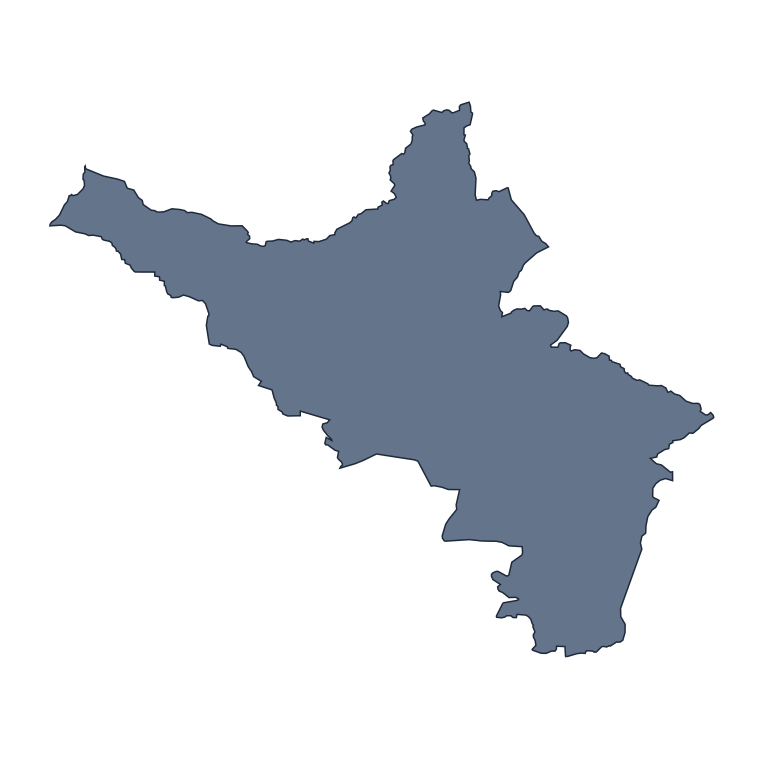 outline of Atolinga, Zacatecas, Mexico, rotated 88°
{"feature_id": "50627088B11442495571788", "entity_name": "Atolinga", "entity_type": "district", "adm_level": 2, "iso_a3": "MEX", "parent_name": "Mexico", "parent_adm1": "Zacatecas", "projection": "natural_earth1", "projection_center": [-103.443, 21.766], "detail": "fine", "context": "isolated", "style": "filled", "palette": "slate", "viewbox_px": 768, "rotation_deg": 88, "n_neighbors": 0, "source": "geoboundaries", "source_scale": "gbopen_adm2", "svg_char_len": 6144}
<svg xmlns="http://www.w3.org/2000/svg" viewBox="0 0 768 768"><g transform="rotate(88 384 384)"><path d="M155.7,675.0L156.6,675.6L161.7,675.5L163.8,677.2L168.8,677.7L170.3,676.6L175.3,676.4L178.6,678.1L183.9,683.8L184.9,688.0L183.7,689.8L184.7,690.5L184.9,692.1L190.5,694.0L193.8,697.1L204.0,702.5L208.2,706.8L210.2,710.1L212.5,712.0L214.3,712.4L214.0,701.3L214.8,697.0L221.2,687.0L223.5,677.5L225.3,674.1L225.1,669.6L226.9,661.4L229.4,660.5L230.4,659.0L231.8,653.4L232.9,651.8L234.3,650.8L236.0,650.7L238.0,648.2L240.1,646.9L241.7,646.9L242.1,645.1L245.0,642.7L250.4,641.8L250.7,638.9L254.3,638.3L256.4,633.5L259.1,632.6L262.7,629.8L263.4,628.6L264.1,609.2L268.1,609.4L269.0,604.6L272.4,604.6L273.6,600.0L277.9,600.1L278.5,599.1L283.9,598.0L286.5,596.9L288.0,594.1L289.9,593.7L290.4,592.0L290.1,586.2L288.1,581.3L290.0,575.4L294.4,566.5L294.2,562.6L297.5,559.6L307.4,556.6L309.4,556.6L310.1,557.7L319.2,559.5L338.0,557.2L339.4,554.3L340.6,546.3L338.5,545.6L341.2,539.4L343.0,538.8L344.1,531.0L347.5,525.6L351.8,522.8L361.9,519.1L367.1,515.9L372.1,514.0L377.0,506.5L381.1,509.5L386.0,496.1L394.2,494.3L399.0,492.3L401.5,492.2L402.7,490.8L405.7,490.8L408.4,486.8L410.4,486.1L412.6,481.3L412.8,468.8L408.2,468.6L417.9,439.6L420.7,442.0L421.8,446.5L424.9,447.4L428.0,446.2L434.1,441.7L437.2,438.5L438.7,438.1L435.4,443.6L441.2,445.2L442.7,444.5L442.9,442.4L448.5,435.3L449.7,431.7L455.9,433.1L457.7,432.1L460.1,429.5L462.2,428.4L463.7,428.5L464.9,430.1L466.6,431.0L462.6,415.5L459.5,407.0L453.7,394.1L460.8,356.5L462.3,352.8L487.7,340.5L487.4,337.4L489.2,329.6L491.7,323.4L492.2,312.1L507.3,316.1L511.9,315.7L521.3,323.8L526.4,327.3L537.7,331.1L540.0,331.0L542.7,329.4L543.2,328.1L542.5,304.0L544.3,291.7L545.1,277.2L546.4,271.5L550.1,264.8L551.4,251.6L557.5,251.4L559.7,252.1L566.6,262.5L579.3,265.9L580.2,267.3L580.0,268.6L575.2,276.7L575.2,278.5L576.6,281.9L578.0,283.2L580.0,283.3L583.3,281.9L588.5,274.6L590.6,277.5L593.0,277.2L594.9,276.2L596.5,272.7L601.8,266.5L601.8,259.7L603.4,257.0L604.3,257.2L605.1,259.7L606.8,271.9L607.6,273.1L619.9,279.8L621.0,279.6L621.8,274.5L621.1,271.3L619.9,269.5L620.0,265.4L621.9,263.2L622.1,259.9L618.9,259.0L619.9,250.3L621.5,247.8L624.2,245.5L628.8,244.2L630.0,243.2L631.7,243.7L637.0,241.8L640.0,243.6L642.4,243.4L645.6,241.9L650.5,241.3L654.4,245.2L655.2,244.8L658.6,236.3L658.8,231.2L656.8,225.9L656.9,222.4L655.0,221.0L652.1,220.7L652.7,212.3L662.1,212.1L662.7,212.0L662.6,209.8L660.2,200.5L659.8,195.8L660.3,192.4L657.9,191.3L657.7,190.1L658.2,184.8L659.3,183.3L659.3,181.2L654.2,175.7L653.9,173.9L654.6,170.7L653.4,167.9L653.8,167.0L650.1,160.9L650.1,157.0L648.4,154.3L640.9,151.8L632.6,151.4L624.8,155.5L616.4,155.4L558.0,132.1L551.9,133.3L545.1,131.6L542.2,127.7L534.7,127.1L525.8,125.0L519.1,120.4L516.7,116.7L509.9,113.2L506.7,118.9L505.7,119.4L497.6,119.0L493.1,115.8L489.9,111.5L488.3,106.0L490.7,98.9L481.8,98.7L482.1,100.9L474.7,109.4L473.1,114.7L467.6,120.4L466.5,114.0L463.5,113.0L459.3,105.7L458.5,101.7L454.2,100.9L452.6,97.4L450.8,97.4L449.9,89.7L448.1,85.8L443.6,80.6L444.0,76.9L439.4,70.8L436.5,68.6L429.7,56.3L428.6,55.6L426.6,56.2L423.9,58.5L426.3,61.7L426.0,63.9L422.3,69.0L420.1,67.9L415.3,69.1L414.3,70.9L414.2,76.2L411.7,82.7L405.8,88.8L404.2,93.9L401.1,97.6L402.1,99.8L402.0,100.7L397.8,102.5L395.2,106.8L395.4,110.4L394.4,119.4L393.0,120.3L388.8,128.3L389.2,130.9L386.8,135.7L385.2,136.4L383.0,139.6L381.4,140.1L381.8,141.7L379.9,143.3L377.0,143.5L375.1,146.9L372.6,147.4L369.6,155.4L368.3,155.9L368.0,157.8L364.0,158.1L361.4,162.4L360.6,165.5L365.2,170.3L365.6,173.3L364.9,177.2L360.8,183.7L357.3,186.9L356.4,192.1L357.5,195.8L356.5,196.7L354.1,196.8L351.8,195.9L349.1,201.2L349.0,206.3L349.6,207.5L353.4,208.9L352.9,215.5L350.9,216.2L346.3,209.4L332.8,198.8L328.9,197.5L324.6,198.1L322.4,199.2L317.0,207.4L317.3,211.5L316.1,216.7L314.9,217.7L314.9,219.9L315.6,221.5L311.3,225.0L311.2,231.0L311.4,232.3L316.0,236.1L315.5,238.5L313.3,240.6L314.0,244.1L313.6,248.5L314.9,251.9L316.6,254.2L317.5,254.4L320.9,263.9L316.7,263.1L314.7,265.1L310.0,266.7L298.8,264.3L295.6,264.6L296.8,256.4L295.1,254.1L286.0,250.8L281.8,246.9L276.8,245.0L275.1,242.7L269.9,240.4L268.0,238.7L258.3,226.9L252.7,214.8L249.3,217.5L246.9,221.3L241.8,224.2L241.1,226.6L238.2,228.8L219.8,237.9L204.4,250.3L192.3,253.1L192.2,254.1L195.8,262.3L194.7,265.3L195.2,268.6L197.1,269.6L199.5,269.7L202.0,272.7L203.6,273.6L202.8,281.1L203.6,285.2L198.3,286.3L181.5,284.9L175.1,286.3L171.7,289.6L169.9,289.6L166.1,291.6L164.0,290.9L158.6,291.3L157.3,290.1L151.9,291.3L151.5,292.3L146.8,292.9L144.5,295.2L142.9,295.6L138.0,294.0L137.7,295.4L130.8,295.1L128.9,292.1L127.9,288.9L117.7,286.2L116.4,286.1L115.1,287.7L109.4,287.9L105.3,289.1L107.7,297.7L109.5,299.0L113.1,298.9L115.3,305.2L115.3,306.7L112.8,309.3L112.2,311.5L113.0,314.7L114.7,316.6L112.0,325.0L112.7,326.5L115.6,329.2L119.5,336.0L122.4,335.5L125.0,333.8L126.4,333.9L128.4,342.7L130.4,347.4L132.4,348.8L136.1,346.4L137.6,347.1L141.4,347.3L145.1,348.7L149.1,354.2L153.7,355.2L155.0,356.5L154.3,358.3L160.1,366.6L161.3,367.3L165.0,367.1L165.7,369.5L167.3,370.5L170.7,370.3L173.4,371.7L176.0,370.3L178.4,370.0L180.3,370.7L184.4,366.6L186.0,366.4L191.5,370.2L194.0,367.0L197.9,365.2L199.8,367.4L200.9,372.3L203.7,373.5L203.7,375.0L201.1,378.2L202.2,379.8L205.1,379.5L207.1,383.8L208.9,384.0L209.2,395.9L213.0,400.9L213.6,403.8L217.0,406.2L216.0,408.2L216.7,409.4L219.9,410.4L221.8,412.8L227.6,425.6L231.0,427.8L233.0,427.9L233.8,433.0L237.3,436.6L239.4,444.1L239.0,449.0L240.8,449.3L238.5,454.5L236.2,455.0L236.2,456.2L237.2,458.9L236.3,460.1L238.3,463.2L237.6,468.0L238.9,472.0L237.0,476.1L235.8,484.5L237.2,490.2L237.3,495.2L237.5,496.7L241.7,497.9L242.2,499.7L241.8,502.4L239.9,505.7L239.3,511.3L237.9,516.5L237.0,516.7L234.1,513.1L231.5,513.2L229.7,515.1L227.8,514.4L225.8,515.8L220.9,520.3L220.7,531.1L218.2,543.9L214.9,549.4L213.1,551.1L208.1,560.4L205.7,570.1L205.9,574.6L203.7,577.2L202.5,581.8L201.5,589.9L204.2,597.9L204.4,603.0L204.0,605.2L202.7,607.0L202.2,610.5L196.3,618.4L192.1,619.2L189.2,622.9L181.4,627.3L179.4,633.7L172.5,636.3L170.0,642.9L166.4,657.0L158.5,674.6L155.7,675.0Z" fill="#64748b" stroke="#1e293b" stroke-width="1.5"/></g></svg>